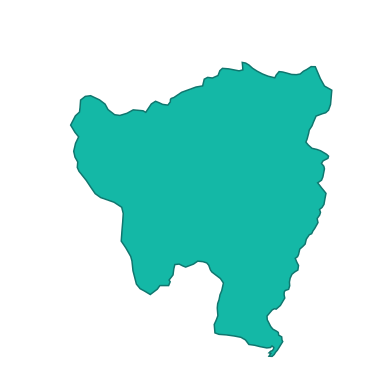 Kota Marudu, Sabah, Malaysia, rotated 191°
{"feature_id": "92858781B52597028656426", "entity_name": "Kota Marudu", "entity_type": "district", "adm_level": 2, "iso_a3": "MYS", "parent_name": "Malaysia", "parent_adm1": "Sabah", "projection": "natural_earth1", "projection_center": [116.764, 6.454], "detail": "fine", "context": "isolated", "style": "filled", "palette": "teal", "viewbox_px": 384, "rotation_deg": 191, "n_neighbors": 0, "source": "geoboundaries", "source_scale": "gbopen_adm2", "svg_char_len": 2675}
<svg xmlns="http://www.w3.org/2000/svg" viewBox="0 0 384 384"><g transform="rotate(191 192 192)"><path d="M87.6,327.7L94.9,338.5L99.0,337.8L102.9,334.0L105.6,331.9L108.3,328.5L111.9,327.1L116.7,326.4L121.4,326.8L125.9,327.1L129.5,326.8L131.6,323.0L132.5,319.9L139.4,320.2L145.3,321.3L151.0,323.0L156.1,325.0L160.3,327.5L163.9,328.8L167.4,328.8L166.2,324.7L165.4,321.6L168.9,319.9L174.9,319.9L179.4,319.9L185.7,319.2L187.8,316.4L188.7,311.3L193.7,307.8L198.5,307.5L201.5,305.1L201.8,298.2L208.1,295.8L221.2,287.9L227.8,281.3L230.2,279.9L230.8,278.9L230.5,276.2L232.3,272.7L237.6,272.4L241.5,273.4L245.1,274.1L248.7,270.7L252.6,261.4L255.6,262.4L265.4,261.4L270.8,256.9L277.4,253.4L282.7,253.1L290.2,256.9L294.1,261.7L300.4,264.8L309.9,267.2L315.0,265.5L318.9,261.0L318.0,253.4L317.7,249.0L321.0,244.5L323.9,234.5L318.3,228.3L313.8,224.5L315.6,217.6L315.9,209.4L313.5,203.9L309.9,199.7L309.4,195.2L309.3,194.2L306.9,190.8L298.0,183.2L292.6,177.7L286.7,171.9L280.6,169.1L266.7,167.1L258.1,163.6L255.4,157.8L254.3,149.2L253.5,141.8L252.1,130.3L246.2,124.4L239.9,117.1L237.8,112.9L234.9,103.4L229.0,91.0L224.5,87.2L220.0,85.8L213.4,83.4L207.5,90.0L205.7,94.0L197.1,95.7L196.3,99.7L197.7,101.2L194.8,107.0L195.2,113.1L195.0,117.5L190.8,118.8L187.0,117.7L183.9,117.1L176.8,121.5L173.2,125.2L168.0,125.7L164.0,125.2L161.6,123.3L159.1,119.1L157.3,117.3L152.9,115.1L147.6,112.5L143.8,108.7L144.0,100.8L144.9,96.4L144.9,91.5L145.5,87.4L145.1,83.2L144.9,82.3L143.0,75.5L143.8,70.8L144.9,66.2L142.6,58.1L138.4,57.4L131.0,58.3L122.9,58.7L116.3,58.7L111.3,57.0L107.1,53.2L101.2,53.5L96.0,53.2L88.9,53.2L85.3,54.3L84.1,56.1L82.0,55.0L82.0,53.6L82.8,51.7L84.5,50.6L85.4,49.2L85.7,48.8L83.8,48.6L84.9,46.0L85.1,45.5L82.1,45.9L81.9,46.0L80.3,48.2L79.4,50.6L78.0,53.0L74.4,62.5L75.4,63.8L76.3,66.9L78.0,67.5L79.6,68.0L80.5,70.6L82.4,71.5L86.4,72.8L89.1,75.0L92.2,79.0L93.7,80.8L94.7,84.5L92.9,87.8L90.8,91.5L88.9,93.1L87.0,93.1L83.6,97.5L80.7,105.6L82.0,108.7L82.4,111.4L81.7,113.1L78.6,114.9L78.2,118.6L79.2,122.2L79.2,126.1L78.2,130.3L76.1,132.9L73.2,135.6L73.4,140.2L75.7,143.1L78.0,146.6L76.1,148.6L75.5,151.0L75.3,156.5L72.9,159.6L71.0,162.5L70.8,167.5L68.7,172.4L66.6,173.9L65.8,177.0L64.6,179.6L62.5,186.0L64.1,189.8L62.3,193.7L62.0,196.6L63.5,199.2L61.4,201.7L60.1,205.0L60.2,210.9L60.2,216.2L62.7,218.4L65.4,220.6L70.4,225.0L67.1,228.3L66.4,231.8L66.4,240.0L67.5,242.4L70.4,244.8L69.2,247.7L65.0,251.0L64.8,253.2L67.1,254.7L73.6,257.0L77.4,257.6L82.6,257.8L86.8,260.3L89.7,262.7L89.1,266.0L88.7,271.9L88.7,275.2L86.8,279.9L86.2,283.4L84.7,290.2L79.0,293.7L75.9,295.3L73.6,298.4L72.7,304.3L74.2,318.6L82.2,321.3L87.6,327.7Z" fill="#14b8a6" stroke="#0f766e" stroke-width="1.5"/></g></svg>